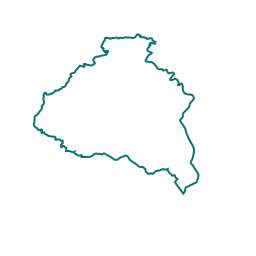 outline of Aiuaba, Ceará, Brazil, rotated 233°
{"feature_id": "56859067B38072225425515", "entity_name": "Aiuaba", "entity_type": "district", "adm_level": 2, "iso_a3": "BRA", "parent_name": "Brazil", "parent_adm1": "Ceará", "projection": "equal_earth", "projection_center": [-40.267, -6.585], "detail": "fine", "context": "isolated", "style": "outline", "palette": "teal", "viewbox_px": 256, "rotation_deg": 233, "n_neighbors": 0, "source": "geoboundaries", "source_scale": "gbopen_adm2", "svg_char_len": 5561}
<svg xmlns="http://www.w3.org/2000/svg" viewBox="0 0 256 256"><g transform="rotate(233 128 128)"><path d="M127.0,195.9L128.5,197.0L130.5,197.4L131.3,197.5L131.6,194.5L132.1,194.0L133.1,195.5L136.3,196.3L138.2,195.7L139.2,194.8L139.3,193.6L139.7,192.3L140.1,191.5L140.7,190.7L141.7,190.9L142.3,193.4L142.9,194.4L143.1,197.0L143.8,197.4L145.0,197.4L145.9,196.3L146.8,194.0L147.4,193.3L148.3,193.2L151.3,193.9L151.8,193.3L151.9,192.3L152.9,190.6L154.2,190.8L155.6,189.3L156.4,187.9L157.7,187.5L161.3,187.6L163.6,187.4L165.7,186.9L166.9,185.9L170.3,182.3L171.2,182.5L173.1,186.6L173.5,187.9L173.6,188.8L173.5,191.2L173.8,192.2L174.9,191.7L175.5,191.2L176.4,190.8L178.0,190.1L178.7,190.4L179.4,191.2L179.9,192.3L180.4,195.4L181.6,195.2L182.5,196.3L181.7,197.0L181.9,198.1L181.3,198.4L179.7,199.4L179.2,200.5L180.1,200.6L180.5,201.6L181.2,200.9L182.3,200.7L183.4,200.4L184.9,201.0L185.7,200.6L186.3,200.1L186.7,198.5L187.3,197.6L187.8,196.7L188.7,196.9L189.2,196.2L189.9,196.0L190.8,195.5L191.6,194.3L192.6,193.2L193.2,192.6L193.9,192.6L194.4,193.6L195.4,192.9L196.5,192.5L197.2,191.3L196.6,189.8L196.1,188.7L196.5,187.6L196.5,186.2L197.2,185.7L197.8,185.2L198.6,184.5L199.5,183.4L200.0,182.8L200.5,182.1L201.1,181.4L201.6,181.0L202.2,180.2L202.6,179.5L202.7,178.6L203.0,177.8L203.7,177.2L204.5,176.4L205.0,175.6L205.2,174.3L206.1,174.1L206.7,173.8L207.3,172.9L207.7,172.1L208.2,170.9L208.9,170.1L209.5,169.6L209.5,168.6L210.1,167.4L211.0,167.0L211.9,166.1L212.7,164.9L213.4,164.8L213.6,163.9L213.1,163.0L212.4,162.6L211.9,161.7L211.5,159.9L210.8,159.0L209.9,156.9L209.1,155.6L208.0,155.4L206.9,156.2L206.0,156.3L205.5,155.3L203.5,155.3L203.0,156.7L201.6,158.3L200.7,157.5L201.3,155.9L200.6,156.2L200.0,155.8L199.9,154.5L200.2,153.5L200.9,151.7L201.5,151.0L202.0,149.9L202.4,148.3L203.9,145.7L204.2,144.3L203.9,143.0L203.5,141.4L202.6,140.7L201.9,140.6L201.2,140.8L199.9,140.7L199.4,139.8L200.0,136.2L200.7,135.3L201.6,134.8L203.1,133.4L204.1,132.8L205.2,132.0L205.5,131.1L204.7,130.8L203.7,130.6L203.4,129.6L204.0,129.0L204.6,128.6L205.6,127.9L206.6,127.1L206.4,125.8L206.3,124.8L205.6,123.1L205.7,121.1L204.7,119.9L204.5,119.0L204.8,117.4L205.4,116.3L205.5,114.7L204.9,114.0L203.3,113.8L203.1,111.3L202.3,110.3L201.5,109.0L200.8,108.3L200.7,107.2L201.0,105.9L200.1,105.0L199.5,103.8L199.3,102.7L199.2,101.8L199.8,100.9L200.1,100.0L199.6,99.3L199.4,98.3L200.2,97.2L199.8,95.8L200.2,94.5L200.9,93.4L201.7,92.6L201.2,91.4L201.0,90.3L201.4,88.9L201.2,88.0L201.6,87.2L201.8,86.2L202.4,84.9L203.0,83.8L204.0,83.0L204.9,83.4L206.1,83.1L205.8,81.5L204.9,80.2L204.1,79.9L203.5,79.2L202.8,78.5L201.9,77.7L200.8,77.2L199.6,76.8L198.6,76.0L198.0,75.0L197.6,73.3L197.3,72.2L196.7,71.8L196.0,71.5L195.2,70.6L194.8,69.3L194.6,68.0L194.2,66.9L193.8,65.5L193.1,63.7L193.3,62.5L193.5,61.3L193.2,60.2L192.2,59.4L191.6,58.9L190.7,58.1L190.0,57.6L189.4,56.9L188.7,56.2L188.0,55.3L187.2,54.8L186.1,54.4L185.1,54.4L184.0,54.7L183.1,55.3L182.2,55.0L181.2,55.0L180.6,55.5L179.8,55.6L179.1,56.6L179.1,57.8L178.3,58.2L177.3,57.6L176.9,56.3L175.9,56.1L175.5,57.1L174.9,58.4L173.9,58.1L173.0,58.2L172.2,58.7L171.5,59.0L170.8,59.4L170.1,59.3L169.4,59.7L168.9,60.4L168.0,61.2L167.0,61.9L166.3,62.8L165.9,63.5L164.6,64.5L163.6,64.2L162.8,63.1L161.9,63.5L161.5,64.5L160.8,65.5L160.0,66.5L158.8,66.7L158.0,67.1L157.5,68.1L156.7,68.0L156.0,66.8L155.1,66.7L155.0,65.7L154.9,64.6L154.2,63.6L153.4,63.1L152.6,63.5L153.0,64.8L152.2,66.0L151.2,65.9L150.4,66.1L149.5,66.7L148.7,66.3L147.8,65.5L146.9,64.5L146.2,65.5L145.7,66.4L145.0,67.1L144.2,67.9L143.4,68.4L142.7,68.7L141.9,69.0L141.5,69.8L141.3,71.2L140.4,70.3L139.3,70.2L138.5,70.7L137.5,71.2L136.7,71.2L135.6,72.0L134.9,73.0L134.3,74.6L133.6,74.2L132.7,73.5L132.2,74.5L131.3,75.3L130.8,76.4L129.9,77.1L129.5,78.1L128.7,78.7L128.1,79.5L127.8,81.0L127.2,82.3L127.5,83.8L127.4,85.3L127.2,86.6L126.4,87.5L125.6,88.2L125.1,89.0L124.0,90.0L123.0,90.8L122.4,91.9L122.3,93.3L121.5,94.0L120.5,94.5L119.5,94.8L118.2,95.4L117.5,95.7L116.4,96.2L115.6,96.6L114.9,96.9L114.2,97.1L113.0,97.5L112.1,97.8L111.1,98.0L110.2,98.6L109.6,99.5L109.1,100.7L109.0,101.9L109.1,103.1L109.0,104.4L108.7,105.2L108.4,106.2L107.9,107.3L107.8,109.1L106.9,110.1L105.9,110.4L105.2,110.5L104.4,110.7L103.2,110.5L102.1,110.3L101.0,110.3L100.3,110.5L99.0,111.2L97.8,111.2L97.2,111.7L96.3,112.1L95.3,112.3L94.5,112.5L93.4,113.0L92.5,113.1L91.3,113.2L90.4,113.6L89.4,114.7L87.9,116.2L87.0,116.8L86.0,116.7L84.9,117.1L84.1,116.8L83.5,116.5L82.8,116.1L82.1,116.0L81.1,116.2L80.0,116.4L79.2,116.6L78.7,117.3L78.4,118.5L77.7,119.2L76.9,119.6L76.4,120.8L76.7,122.0L76.7,123.0L76.7,124.4L76.1,125.9L75.4,127.0L74.8,128.2L74.6,129.7L74.4,130.7L73.8,131.6L72.6,132.3L72.2,133.1L71.6,133.8L71.4,135.1L70.1,134.3L68.9,134.2L67.9,134.0L65.9,134.3L64.7,134.6L63.6,134.5L63.0,135.0L62.7,136.1L62.2,136.7L61.4,136.8L60.8,136.5L60.1,136.2L59.3,136.3L58.5,136.6L57.5,136.8L57.0,134.2L56.6,133.1L54.1,132.7L46.9,132.7L42.4,132.7L43.0,134.6L43.4,135.3L45.8,138.3L45.5,139.3L43.5,150.0L44.8,152.3L46.8,154.9L48.5,156.3L50.7,156.7L56.6,157.0L59.0,157.3L60.4,157.1L62.4,157.1L63.5,158.5L64.8,161.0L66.5,163.4L69.5,166.5L70.2,167.0L71.7,168.0L73.5,168.8L74.3,168.8L75.7,169.2L78.7,169.5L82.1,170.0L83.1,170.2L85.5,170.8L89.3,171.8L93.0,173.3L95.3,173.6L98.8,173.7L102.4,174.0L103.1,174.6L103.6,177.7L104.3,178.9L105.9,180.0L106.4,180.7L106.7,181.7L107.0,183.4L107.7,188.3L108.2,189.8L109.0,190.7L110.4,192.1L111.2,197.0L111.9,198.2L112.7,198.9L113.8,199.2L115.3,199.1L116.3,198.8L119.2,195.7L121.3,194.3L122.8,194.0L124.4,194.4L126.1,195.0L127.0,195.9Z" fill="none" stroke="#0f766e" stroke-width="2"/></g></svg>